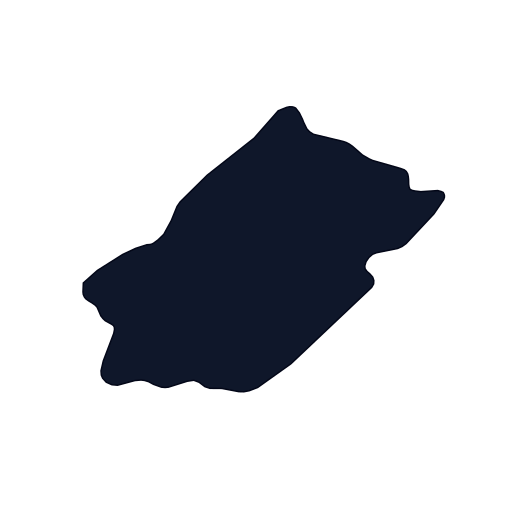 SVG path tracing the border of Prague, rotated 150°
{"feature_id": "CZE-1595", "entity_name": "Prague", "entity_type": "Region", "adm_level": 1, "iso_a3": "CZE", "parent_name": "Czechia", "parent_adm1": "", "projection": "natural_earth1", "projection_center": [14.449, 50.06], "detail": "fine", "context": "isolated", "style": "filled", "palette": "ink", "viewbox_px": 512, "rotation_deg": 150, "n_neighbors": 0, "source": "natural_earth", "source_scale": "10m", "svg_char_len": 1495}
<svg xmlns="http://www.w3.org/2000/svg" viewBox="0 0 512 512"><g transform="rotate(150 256 256)"><path d="M320.3,141.3L329.2,142.7L334.4,144.5L338.7,147.1L351.8,158.4L362.0,164.4L365.6,168.4L368.4,175.1L372.0,179.5L378.1,181.9L397.4,186.2L400.5,187.6L403.5,189.7L409.0,196.2L411.8,200.8L414.8,204.0L417.6,206.1L423.2,208.7L440.5,213.3L445.2,216.6L448.8,221.6L449.9,226.9L449.5,230.2L447.6,234.1L440.7,241.5L417.9,260.1L415.3,263.1L414.3,265.2L414.2,267.0L415.1,269.0L418.9,275.3L419.8,278.3L420.3,281.7L419.2,291.1L419.8,293.8L421.5,297.5L423.3,300.7L424.8,304.1L425.1,306.4L424.8,309.1L423.8,311.4L419.0,319.0L400.6,322.8L370.7,324.0L356.4,322.8L344.8,320.3L342.4,319.1L340.7,318.5L338.5,318.3L333.0,318.9L325.0,320.9L311.7,329.0L299.6,338.4L294.6,340.8L257.8,350.4L198.7,359.0L164.1,370.7L155.1,369.4L152.4,368.5L150.2,367.2L148.8,365.9L147.7,364.3L146.9,358.2L147.4,351.1L147.9,347.9L148.4,340.6L147.5,336.8L145.4,332.7L123.2,311.6L121.1,309.2L119.3,306.4L117.6,302.8L113.3,290.2L109.5,283.6L107.3,280.5L87.1,259.6L84.5,256.5L83.6,254.1L83.6,251.2L84.4,248.7L85.6,246.0L87.9,241.8L88.9,239.3L89.3,236.8L88.0,234.8L85.8,232.8L81.1,229.3L65.9,221.8L63.4,219.3L62.1,217.4L62.2,215.7L62.5,214.3L63.4,212.7L65.3,211.0L80.9,203.5L119.8,191.7L124.8,191.2L129.6,191.7L150.1,198.6L154.2,199.2L158.9,198.3L163.5,196.1L166.8,193.0L167.9,190.4L167.6,187.2L166.3,183.4L165.5,179.3L166.2,175.9L168.1,173.0L171.5,171.0L279.7,145.2L320.3,141.3Z" fill="#0f172a" stroke="#020617" stroke-width="1.5"/></g></svg>